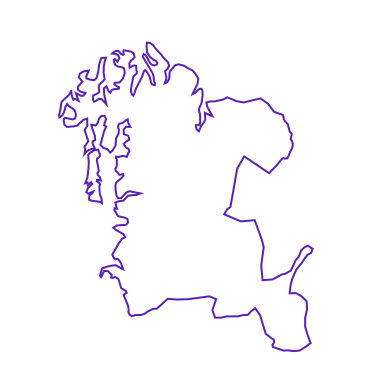 an SVG outline of South Chungcheong, rotated 11°
{"feature_id": "KOR-2502", "entity_name": "South Chungcheong", "entity_type": "Province", "adm_level": 1, "iso_a3": "KOR", "parent_name": "South Korea", "parent_adm1": "", "projection": "equal_earth", "projection_center": [126.614, 36.518], "detail": "fine", "context": "isolated", "style": "outline", "palette": "violet", "viewbox_px": 384, "rotation_deg": 11, "n_neighbors": 0, "source": "natural_earth", "source_scale": "10m", "svg_char_len": 5866}
<svg xmlns="http://www.w3.org/2000/svg" viewBox="0 0 384 384"><g transform="rotate(11 192 192)"><path d="M179.8,313.1L175.8,314.4L171.9,317.3L168.6,320.7L164.9,322.6L160.5,323.4L156.5,325.3L153.5,323.8L152.5,322.0L152.2,319.6L151.2,316.4L149.5,313.6L146.3,308.9L144.5,305.8L147.2,303.4L145.9,301.8L140.8,299.8L136.4,291.5L132.9,290.0L130.3,291.6L129.1,291.5L129.0,288.7L124.6,285.7L120.8,286.3L119.6,291.2L119.0,292.9L117.6,291.5L118.4,284.0L125.0,280.4L130.9,278.4L139.1,281.0L136.2,275.9L134.5,273.9L132.4,272.2L131.1,271.8L129.5,272.8L128.4,272.2L126.9,270.5L125.7,268.6L129.8,256.6L132.2,251.3L135.0,249.3L132.9,246.5L124.6,243.8L121.6,242.1L124.6,239.2L133.2,236.9L135.0,234.3L133.8,230.8L130.7,230.0L124.3,229.9L123.0,228.9L120.7,226.0L119.1,224.5L119.1,222.7L121.6,222.7L118.7,217.0L122.2,214.9L126.3,213.6L130.0,207.8L138.0,205.4L141.8,203.2L130.5,203.2L127.7,204.9L123.5,211.6L120.4,212.2L118.5,209.7L116.7,204.9L115.6,200.1L115.7,197.2L119.8,192.1L121.7,189.0L121.1,187.6L117.3,189.0L115.6,187.3L114.1,186.3L113.2,186.1L112.3,183.7L113.1,181.5L113.0,179.2L112.0,174.8L110.8,172.9L110.7,171.8L113.4,171.6L117.3,169.7L121.4,169.9L121.7,166.7L122.8,164.0L121.3,161.7L119.0,161.2L115.8,157.9L117.8,154.9L120.5,152.6L118.7,149.0L114.0,148.1L113.1,143.8L114.6,140.6L119.1,139.9L116.5,136.7L115.6,135.1L115.0,132.9L113.4,134.3L110.6,137.5L107.6,138.9L106.9,140.7L107.1,142.6L108.4,144.8L108.7,149.1L107.2,154.2L108.1,160.9L106.0,166.6L104.2,169.0L100.6,166.0L96.9,165.8L93.1,163.2L94.1,149.3L95.3,144.3L93.0,143.2L93.7,136.7L91.6,134.0L88.5,134.6L86.7,137.9L86.3,142.0L84.8,145.1L80.4,145.1L82.2,149.1L85.8,155.1L87.0,159.3L84.9,161.3L85.2,163.4L88.5,168.1L85.5,168.7L83.0,170.3L80.8,172.5L79.2,175.1L79.2,173.2L79.0,171.3L78.5,169.6L77.9,168.1L80.5,161.8L74.8,151.9L76.6,146.9L75.1,139.9L71.5,142.0L66.4,148.9L62.6,150.4L60.3,150.9L58.3,151.7L56.3,151.8L54.0,150.4L52.6,146.8L52.3,144.4L53.3,143.4L61.3,143.5L63.3,142.0L63.3,138.1L61.2,134.1L58.2,132.5L55.1,131.5L52.6,129.3L51.6,132.4L51.0,138.8L49.9,141.8L47.6,144.0L46.9,141.9L47.1,135.5L46.7,129.2L47.3,127.5L52.3,120.8L53.3,118.4L54.1,115.2L54.7,117.6L55.5,119.9L56.5,122.0L57.9,124.1L58.9,123.1L60.2,123.2L63.3,124.1L61.3,121.0L59.2,117.1L64.7,118.8L67.0,118.2L68.5,115.2L63.5,114.8L60.5,113.3L60.1,110.1L63.3,104.6L59.0,100.8L59.3,97.2L62.6,94.3L67.4,92.5L66.1,98.8L66.6,100.5L69.2,101.1L74.1,101.0L75.4,100.1L76.6,97.8L77.0,92.0L76.5,84.3L77.4,77.9L81.9,76.5L81.4,80.0L81.5,85.5L82.3,91.2L84.7,97.9L83.6,100.3L81.7,102.4L80.5,104.6L80.5,107.0L81.7,110.8L81.9,111.8L80.8,113.0L76.6,116.1L76.8,118.3L77.4,120.7L78.4,122.0L79.8,121.4L83.1,118.2L85.6,118.1L91.2,122.2L87.2,113.0L85.7,107.2L87.8,104.6L90.9,108.9L92.9,110.2L93.7,107.4L94.6,106.6L96.6,105.7L100.5,104.6L100.5,103.1L98.9,102.8L95.2,101.1L95.2,99.5L99.9,98.4L102.6,93.7L103.3,87.9L101.8,83.6L100.1,83.0L95.0,82.9L92.5,81.9L90.7,79.4L90.0,77.1L91.0,76.2L93.8,78.4L95.1,74.4L93.7,72.0L90.7,71.1L87.1,71.4L88.6,69.4L90.5,68.0L92.6,67.6L94.5,68.7L96.3,70.2L98.0,70.6L98.7,69.8L97.9,67.9L97.9,65.9L105.0,65.8L108.4,67.1L109.9,70.5L108.9,72.6L107.0,74.8L105.9,77.7L107.1,81.9L108.8,80.1L111.0,78.8L112.9,78.8L113.7,81.0L114.0,82.8L114.9,84.4L115.1,86.2L113.0,89.0L112.4,90.6L112.4,102.1L113.0,105.4L114.5,107.8L115.9,108.6L116.5,107.4L117.3,101.0L120.9,88.8L121.7,82.7L122.7,81.3L125.1,83.0L128.5,87.0L129.8,89.7L130.8,92.3L132.3,94.0L135.1,94.1L135.1,92.5L133.7,90.6L132.0,85.4L130.5,82.7L118.6,69.4L117.8,68.7L118.4,66.0L120.1,66.3L122.1,68.3L125.2,72.3L126.8,73.9L128.8,74.9L131.2,74.9L133.0,73.7L133.2,72.0L131.9,70.3L129.1,69.6L125.4,67.7L121.4,63.8L119.6,57.8L119.2,53.9L122.7,53.8L125.8,55.3L128.6,57.9L136.2,63.5L137.7,65.2L140.7,67.3L143.5,69.0L145.4,72.5L144.5,75.9L142.6,78.3L143.0,80.1L144.9,84.0L145.2,86.4L144.5,90.6L146.6,89.1L147.5,87.2L148.0,85.0L147.2,78.7L148.0,76.7L151.1,70.9L154.3,69.3L157.3,69.3L160.6,69.7L164.3,71.2L169.1,72.5L172.4,74.9L176.5,79.3L176.8,84.8L173.8,95.9L176.1,94.2L179.7,89.3L181.7,88.9L183.1,91.0L183.9,94.8L184.4,102.1L184.2,103.7L183.3,107.2L183.1,109.2L183.5,111.3L185.2,114.4L186.8,122.4L186.3,124.6L183.1,125.7L183.7,127.8L184.4,129.3L185.6,130.3L187.2,131.1L188.3,125.3L190.2,121.9L191.2,118.3L189.6,111.8L193.5,113.0L197.6,113.6L191.0,105.7L189.0,101.4L192.9,99.5L196.5,98.9L204.9,95.3L208.7,92.3L217.8,94.3L225.4,94.3L241.5,87.0L249.9,91.0L257.4,97.7L266.6,99.0L268.1,102.8L270.4,105.4L273.0,107.0L276.4,114.1L278.9,116.0L278.8,121.3L280.4,122.8L281.7,125.4L282.1,128.3L281.6,131.2L280.7,133.9L279.8,138.9L278.9,140.9L277.1,141.5L275.2,141.1L273.6,143.0L269.5,150.6L264.1,158.8L236.5,147.1L231.9,160.5L232.6,199.4L229.7,202.4L227.9,207.8L245.7,211.5L258.9,207.7L269.4,225.1L272.9,232.4L274.0,251.1L278.1,265.1L287.7,262.5L296.1,255.7L298.9,254.7L304.0,250.3L306.8,239.1L309.3,234.8L310.2,228.7L312.8,225.0L316.1,222.5L318.8,223.8L321.3,224.7L320.5,229.1L317.3,231.7L315.4,235.6L313.6,239.9L309.2,248.3L306.9,258.3L306.6,265.4L307.2,272.8L313.5,271.4L319.3,273.4L325.3,277.3L327.3,285.0L327.1,293.9L328.8,302.7L332.8,310.3L337.3,317.7L332.7,322.7L327.9,327.1L322.1,328.8L316.4,329.1L312.2,330.2L300.9,328.7L300.1,326.6L301.4,323.6L300.3,321.1L297.8,320.4L291.3,316.9L282.4,300.0L276.2,294.0L272.9,297.6L270.3,302.0L266.2,302.9L260.7,305.3L249.9,307.5L244.5,309.8L238.7,310.9L234.5,304.0L236.2,292.6L229.0,291.1L208.9,297.9L197.9,300.4L188.6,301.5L179.8,313.1ZM100.6,207.0L102.0,211.8L104.6,216.1L105.7,220.1L103.9,219.2L95.2,219.7L92.4,219.2L91.9,215.4L92.8,214.0L94.3,212.5L95.1,210.3L90.5,213.4L88.3,212.3L88.9,208.4L92.5,203.2L91.1,201.6L88.5,205.0L87.6,202.7L85.5,203.8L86.6,197.7L85.8,188.2L85.0,182.5L83.0,175.4L84.6,173.0L88.1,169.6L91.8,168.3L94.4,172.7L94.7,174.3L93.9,176.1L92.4,177.4L92.6,179.2L95.8,187.1L96.4,189.6L95.5,191.7L96.5,193.5L98.7,194.9L100.4,198.1L96.4,198.1L96.4,199.7L97.7,200.0L100.4,201.6L100.0,204.5L100.6,207.0Z" fill="none" stroke="#5b21b6" stroke-width="2"/></g></svg>